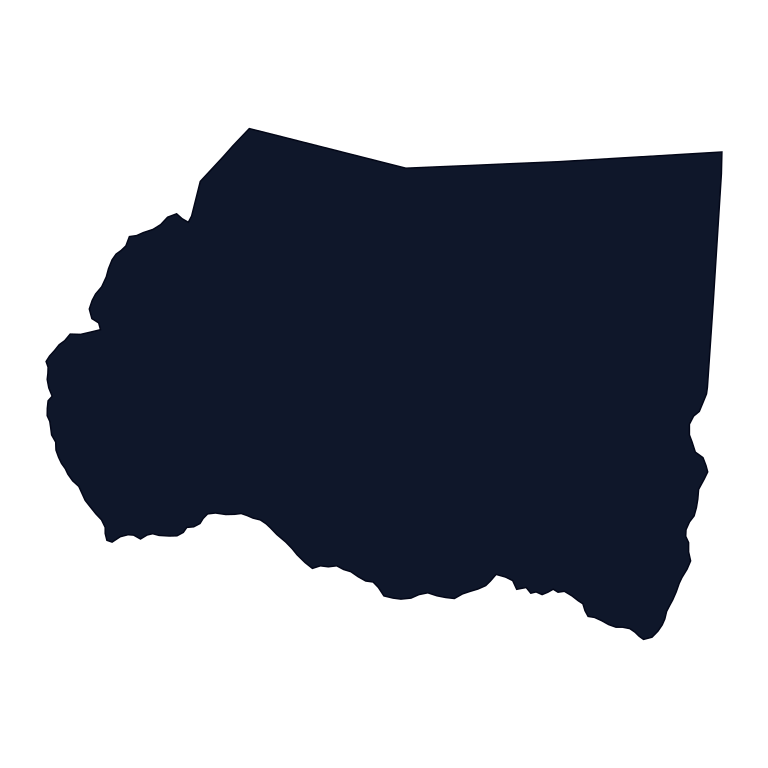 Matina, Bahia, Brazil
{"feature_id": "56859067B75193807693775", "entity_name": "Matina", "entity_type": "district", "adm_level": 2, "iso_a3": "BRA", "parent_name": "Brazil", "parent_adm1": "Bahia", "projection": "robinson", "projection_center": [-42.972, -13.855], "detail": "fine", "context": "isolated", "style": "filled", "palette": "ink", "viewbox_px": 768, "rotation_deg": 0, "n_neighbors": 0, "source": "geoboundaries", "source_scale": "gbopen_adm2", "svg_char_len": 2352}
<svg xmlns="http://www.w3.org/2000/svg" viewBox="0 0 768 768"><path d="M721.9,152.0L558.7,161.7L508.5,163.8L470.3,165.5L443.5,166.6L405.9,168.2L297.7,140.8L282.0,136.8L249.3,128.6L233.0,145.7L226.9,152.6L222.7,157.3L200.3,181.4L191.6,216.1L188.3,222.3L182.1,218.7L176.6,213.8L167.6,217.2L160.7,224.6L153.0,229.4L143.3,232.6L136.6,235.6L129.4,236.6L125.9,245.9L121.1,250.5L116.1,254.1L112.1,259.8L108.5,268.7L106.3,276.9L101.7,286.8L95.6,294.0L92.2,300.4L89.3,309.0L91.9,318.6L98.7,322.9L100.5,329.7L91.0,332.0L80.6,334.4L70.2,334.1L64.7,340.7L59.2,344.7L54.5,350.6L49.6,356.0L46.1,361.5L48.1,367.2L47.9,373.4L47.2,379.4L48.8,387.9L52.2,396.2L48.1,400.8L47.3,408.4L47.2,415.7L49.8,421.4L50.8,428.4L51.6,434.9L55.7,442.1L56.0,450.1L58.6,457.3L61.5,463.4L65.3,468.7L67.9,474.2L72.7,480.9L78.8,486.4L82.6,494.7L85.2,500.4L89.6,506.0L95.9,513.9L101.5,519.8L105.2,527.4L105.2,533.5L106.9,540.3L112.1,542.1L120.3,536.7L128.0,534.7L133.6,535.1L140.5,539.0L147.1,535.0L152.7,533.7L159.0,535.4L169.3,536.0L177.0,535.8L183.3,532.4L186.8,527.4L193.7,526.8L200.0,523.5L203.1,518.5L207.6,513.9L215.5,513.0L225.8,514.5L234.5,514.3L241.2,513.5L247.3,515.6L253.0,518.1L260.3,519.9L266.1,523.8L270.4,527.8L276.8,534.5L285.7,542.0L292.1,548.6L297.1,554.8L305.1,562.6L312.4,568.4L320.4,565.8L328.3,566.8L336.7,565.8L343.6,569.5L350.9,571.7L358.1,576.7L365.7,581.0L373.1,582.0L378.4,587.5L383.9,595.9L393.1,598.1L400.9,599.1L411.0,598.1L418.9,594.6L427.8,592.8L437.0,595.8L445.7,597.5L454.4,598.5L462.5,593.9L469.7,591.5L478.0,589.0L485.7,585.6L490.4,581.0L496.1,574.4L505.4,577.0L512.7,580.6L516.7,589.3L526.2,587.5L530.8,593.2L536.1,591.9L542.1,594.6L547.9,592.2L553.2,589.2L558.0,592.2L564.4,591.3L572.0,595.9L578.3,600.8L582.9,603.8L585.0,610.7L588.1,616.4L594.5,617.4L601.5,620.6L608.7,624.6L616.0,627.2L622.6,627.2L629.8,628.6L635.0,632.2L639.1,636.2L643.5,639.4L652.0,637.2L657.9,631.2L662.2,624.9L664.8,619.0L666.6,611.4L669.7,605.4L672.7,599.9L676.2,591.9L679.2,583.3L681.9,577.6L687.1,569.1L690.6,560.9L688.6,551.9L688.6,542.6L685.7,536.3L686.0,529.7L689.5,521.9L694.1,515.9L696.4,507.6L697.8,499.1L698.6,489.4L704.2,479.1L707.7,471.9L706.0,465.6L703.0,457.7L695.3,452.1L692.1,442.1L689.4,434.9L689.4,424.2L693.6,416.1L699.3,411.4L703.0,402.5L706.5,393.9L707.4,387.3L713.2,302.7L721.4,173.8L721.9,152.0Z" fill="#0f172a" stroke="#020617" stroke-width="1.5"/></svg>